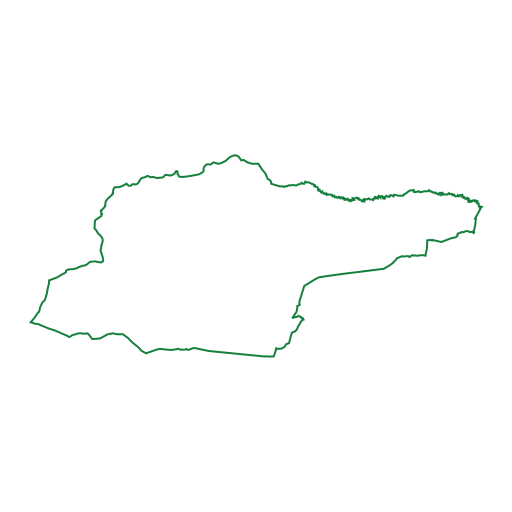 Agapia, Neamt, Romania (Robinson projection)
{"feature_id": "2599482B12008574205050", "entity_name": "Agapia", "entity_type": "district", "adm_level": 2, "iso_a3": "ROU", "parent_name": "Romania", "parent_adm1": "Neamt", "projection": "robinson", "projection_center": [26.288, 47.161], "detail": "fine", "context": "isolated", "style": "outline", "palette": "green", "viewbox_px": 512, "rotation_deg": 0, "n_neighbors": 0, "source": "geoboundaries", "source_scale": "gbopen_adm2", "svg_char_len": 6068}
<svg xmlns="http://www.w3.org/2000/svg" viewBox="0 0 512 512"><path d="M92.2,339.1L100.0,338.5L107.4,334.4L112.7,333.3L117.3,334.3L122.7,334.2L127.8,337.8L132.0,342.1L139.0,347.9L141.2,350.6L146.1,353.3L156.9,349.5L159.9,348.9L169.5,349.9L173.8,349.7L178.3,348.8L180.0,349.6L184.9,349.7L186.4,348.9L187.2,349.6L188.6,349.9L192.4,348.4L194.5,348.0L208.9,351.0L264.6,356.5L266.8,356.2L267.6,356.6L273.7,356.4L275.6,351.1L276.2,348.3L277.9,348.9L281.5,348.6L284.6,346.9L286.1,344.2L289.0,343.2L291.7,333.0L292.3,332.4L295.0,331.5L295.4,330.7L296.6,330.0L298.4,325.8L299.2,324.9L300.8,321.7L302.6,319.9L303.5,319.6L302.8,318.2L301.5,318.2L301.3,317.2L298.6,315.8L297.5,316.7L293.6,317.5L292.2,318.2L296.4,312.1L297.1,309.7L297.3,306.1L299.7,304.9L299.3,302.2L299.7,300.5L304.3,285.9L315.4,279.1L319.3,277.2L340.4,274.2L383.7,268.8L389.6,265.4L393.4,262.6L393.5,262.1L395.5,260.3L396.9,258.3L402.0,256.2L403.3,256.5L408.3,256.1L409.3,257.0L410.3,256.7L411.3,255.6L412.6,255.2L413.9,255.7L414.8,255.4L417.5,255.8L420.7,255.2L424.2,255.3L425.4,255.7L426.9,248.4L427.3,240.3L430.1,240.0L432.0,240.4L432.1,239.9L441.3,242.0L451.3,238.2L455.7,237.3L457.7,235.5L457.4,234.3L457.8,233.6L460.8,232.6L461.6,232.0L463.4,232.3L465.8,231.1L468.1,231.1L469.8,232.2L471.7,231.8L472.6,232.1L473.6,233.1L474.0,232.9L474.1,232.3L473.5,231.0L474.2,229.9L475.2,225.0L475.9,218.5L475.1,218.5L480.4,208.8L480.0,208.4L481.3,207.3L480.4,207.0L481.0,206.7L479.0,206.2L479.1,205.6L478.4,204.3L478.6,203.6L477.2,203.3L477.6,201.2L476.6,200.8L476.0,201.6L475.6,201.0L475.9,200.7L475.0,200.2L474.7,200.3L474.9,201.0L474.5,201.3L472.8,200.4L471.8,201.4L471.0,200.9L470.8,201.4L471.1,201.7L470.5,202.0L469.9,202.0L469.0,201.4L468.4,201.7L468.2,201.1L468.9,200.8L468.7,200.4L469.1,200.3L468.3,199.8L468.8,199.1L468.4,198.5L467.2,198.5L467.4,197.9L467.1,197.8L466.0,199.0L465.0,198.6L464.7,197.6L464.1,197.9L462.4,197.3L462.2,196.9L463.3,196.5L462.6,196.0L462.2,194.8L459.9,195.2L460.0,195.7L459.4,196.3L458.5,196.2L457.8,195.3L457.4,196.2L455.5,196.4L454.3,195.5L454.5,195.1L454.2,194.7L453.5,195.2L452.5,195.3L452.2,194.0L451.1,193.8L449.7,194.2L449.0,193.2L447.3,194.6L446.4,194.3L445.4,194.6L443.7,194.4L443.2,193.6L442.9,194.7L442.3,194.8L442.0,194.4L441.2,194.9L441.2,194.0L440.5,193.5L440.9,192.9L439.9,192.9L440.0,193.6L439.4,193.6L438.9,194.6L438.2,193.9L437.7,194.1L437.0,193.8L436.8,193.3L436.0,193.4L435.3,192.5L434.8,192.4L433.8,192.9L431.5,191.4L430.8,191.8L429.0,190.2L428.1,191.2L424.5,191.3L420.7,192.2L419.7,191.8L419.2,192.0L418.8,191.3L418.3,191.2L416.0,192.1L414.2,192.1L414.3,191.0L413.6,190.0L412.9,190.6L412.0,190.3L409.5,190.6L404.6,194.4L403.9,194.4L403.2,195.7L398.2,195.7L394.2,194.7L393.4,196.4L392.4,195.5L390.8,195.2L389.7,195.6L390.0,196.2L389.4,196.8L387.3,196.6L386.5,195.8L384.6,197.2L385.0,198.5L384.5,198.7L383.6,198.6L382.7,197.8L382.9,196.7L382.5,196.2L381.9,196.2L381.8,196.9L379.3,196.0L379.8,197.4L378.5,196.5L377.8,196.9L378.1,197.7L377.9,198.3L377.5,197.8L375.9,198.0L375.4,197.0L375.0,196.9L374.6,197.8L375.2,198.5L373.6,198.7L373.2,200.1L372.3,199.5L369.7,199.4L368.7,198.4L367.0,199.4L364.0,199.0L363.8,199.3L364.9,199.7L364.8,200.2L363.6,200.1L364.0,201.5L362.2,201.1L361.2,201.7L362.0,200.6L360.3,199.7L358.4,199.6L358.2,199.3L358.7,198.4L357.9,197.9L357.2,198.2L356.5,197.6L354.3,198.8L352.6,198.1L352.6,199.0L353.7,200.0L352.1,200.2L351.7,200.8L350.6,199.8L350.0,200.5L350.2,201.1L349.8,201.2L347.9,199.9L348.6,199.6L348.3,199.2L347.4,199.1L347.7,199.5L347.3,199.6L346.9,199.5L346.9,198.8L346.6,198.9L345.9,199.7L345.2,198.9L344.7,199.1L344.7,199.7L344.4,199.8L343.8,198.9L343.2,198.7L343.7,197.7L343.2,197.4L342.3,197.9L341.6,197.4L340.9,198.3L340.4,198.4L339.8,198.2L340.0,197.6L339.4,196.8L338.6,196.8L337.3,197.9L336.2,196.9L334.8,197.3L334.3,195.7L332.4,196.3L331.9,194.7L330.5,194.8L329.7,194.4L328.1,194.7L327.0,193.9L327.1,194.4L326.5,194.9L325.6,194.0L324.2,193.8L324.4,193.4L322.3,192.3L322.3,191.6L321.7,192.0L321.1,191.5L321.0,192.2L319.5,190.6L319.0,190.8L318.4,190.5L318.1,190.2L318.9,189.5L317.9,189.2L317.9,188.2L317.4,187.3L316.7,186.7L315.0,186.7L314.3,186.2L314.5,185.7L314.2,185.4L314.8,185.2L314.7,184.9L313.9,184.8L313.1,184.1L311.5,183.8L309.1,182.4L306.4,182.4L305.3,181.6L304.7,182.3L304.2,183.8L301.8,183.5L301.5,182.9L300.0,184.0L297.4,184.7L296.4,185.5L292.2,185.0L289.8,185.5L288.7,185.3L287.3,186.2L285.7,186.2L284.4,187.0L282.8,186.3L279.8,186.4L271.3,183.8L270.9,181.4L270.2,180.5L267.5,178.6L266.1,174.8L265.0,172.9L262.3,169.9L258.3,163.7L252.4,163.8L247.4,162.4L243.8,160.0L241.2,160.3L238.7,156.7L236.4,155.4L234.0,155.4L231.7,156.2L229.5,157.4L225.6,160.9L220.8,163.3L218.0,163.8L213.9,162.4L212.8,162.8L210.8,164.5L207.6,164.3L206.3,164.6L204.4,166.6L203.8,167.9L203.5,169.3L203.7,170.7L203.5,171.2L202.5,172.3L199.1,174.3L190.3,176.0L183.6,176.9L180.2,176.9L178.9,176.3L178.4,175.0L177.5,174.0L177.6,172.0L176.7,171.1L176.1,171.2L174.5,173.6L171.9,175.2L170.3,175.5L165.4,174.8L163.3,177.1L162.2,177.5L156.9,178.0L153.3,177.0L150.8,177.2L149.0,176.6L148.0,175.9L147.4,176.0L144.4,177.4L141.7,178.0L140.6,179.0L138.1,183.2L136.8,184.1L135.7,184.4L132.7,184.2L131.9,184.6L131.0,185.6L129.2,185.8L128.5,185.7L126.5,183.7L122.5,185.9L119.3,187.1L114.8,187.3L113.7,188.6L113.2,190.2L113.0,193.5L112.6,193.4L111.9,194.9L107.9,198.6L105.8,201.1L105.1,205.3L105.4,205.8L103.8,208.0L100.7,210.9L101.4,212.1L101.2,213.7L102.0,214.0L101.1,216.2L95.4,220.1L94.9,221.0L94.5,228.3L96.7,230.9L97.8,233.1L100.7,235.9L102.5,238.5L102.7,241.4L101.2,246.0L101.2,247.9L100.5,250.4L102.6,256.9L103.2,260.3L103.0,261.2L101.0,262.5L95.2,261.4L90.2,261.8L86.4,264.8L84.6,265.5L82.9,265.7L78.1,267.4L77.5,268.0L73.2,269.1L69.0,269.4L66.6,270.2L66.0,270.9L66.0,271.9L65.0,273.0L62.6,274.1L57.1,277.4L49.1,280.4L49.0,283.2L47.3,290.4L46.9,293.4L44.8,300.1L42.3,302.6L40.2,307.1L39.4,310.7L38.9,311.9L38.0,312.6L34.5,317.8L30.7,322.3L35.3,323.8L37.8,324.0L49.2,328.7L54.2,330.2L67.2,335.8L69.2,337.0L70.1,336.8L72.0,335.3L77.2,333.7L79.8,333.2L83.5,333.7L87.4,333.4L89.1,334.8L92.2,339.1Z" fill="none" stroke="#15803d" stroke-width="2"/></svg>